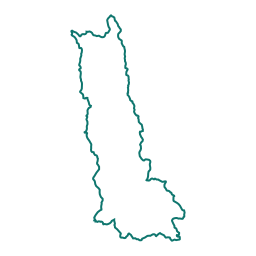 outline of Thung Hua Chang, Lamphun, Thailand
{"feature_id": "78962969B85097268198325", "entity_name": "Thung Hua Chang", "entity_type": "district", "adm_level": 2, "iso_a3": "THA", "parent_name": "Thailand", "parent_adm1": "Lamphun", "projection": "robinson", "projection_center": [99.068, 18.004], "detail": "fine", "context": "isolated", "style": "outline", "palette": "teal", "viewbox_px": 256, "rotation_deg": 0, "n_neighbors": 0, "source": "geoboundaries", "source_scale": "gbopen_adm2", "svg_char_len": 5774}
<svg xmlns="http://www.w3.org/2000/svg" viewBox="0 0 256 256"><path d="M71.6,34.8L72.1,35.5L74.1,36.7L74.8,37.3L75.8,38.7L76.6,40.2L76.9,42.8L78.0,43.4L78.6,44.0L78.8,44.6L79.3,47.9L79.7,48.1L81.0,48.0L81.3,48.2L81.6,48.6L82.0,50.1L81.7,52.7L81.2,53.6L81.3,55.6L80.2,58.8L80.3,60.2L80.1,61.9L79.3,64.3L79.2,65.1L79.4,65.5L80.1,66.2L80.6,67.1L80.7,67.8L80.6,68.4L79.4,69.2L79.1,69.9L79.5,70.5L80.5,71.4L80.7,71.9L80.8,73.5L80.4,76.8L80.5,77.9L81.0,79.4L81.0,80.7L81.8,82.4L82.0,83.9L81.8,88.7L81.2,90.1L80.3,91.2L80.1,91.7L80.2,92.1L82.9,94.4L83.2,95.5L83.4,98.1L84.7,98.5L85.1,98.5L85.8,98.0L86.9,97.8L87.4,97.9L87.5,99.1L88.7,102.1L89.3,104.6L89.7,105.2L90.9,105.8L90.6,107.0L88.7,108.1L88.0,109.2L87.5,110.3L87.5,110.9L87.7,113.8L87.3,114.9L86.7,115.3L86.4,115.9L86.6,116.3L87.2,116.7L87.2,117.4L86.5,119.1L86.5,119.6L87.4,121.6L87.5,123.6L87.4,124.6L87.0,125.4L86.8,126.4L86.9,129.0L86.2,131.0L85.8,131.5L84.6,132.2L84.6,132.4L84.7,132.6L86.7,132.8L87.1,133.2L87.0,133.8L86.6,134.7L86.8,136.4L87.1,137.3L87.6,138.4L89.2,140.6L91.2,144.1L91.3,144.7L91.1,147.0L91.2,148.0L91.0,149.8L91.3,151.2L92.1,152.1L93.6,152.2L94.1,153.7L95.0,155.0L96.5,155.4L97.0,156.0L97.3,156.9L97.3,157.7L97.9,158.5L97.6,161.1L97.1,162.7L97.1,163.8L98.1,165.0L99.1,166.8L99.1,169.3L96.5,172.6L94.1,176.6L93.4,177.5L93.2,178.2L93.1,178.9L93.3,179.3L94.5,180.7L94.9,181.8L95.3,184.2L96.2,186.1L98.8,188.4L99.7,189.8L99.6,192.3L99.8,194.3L100.6,196.3L101.0,197.1L102.6,198.7L102.7,200.0L102.5,200.8L101.5,202.5L101.7,203.8L101.2,206.1L101.2,208.3L101.5,209.0L101.4,209.7L100.0,210.4L97.7,212.2L95.8,214.8L94.6,216.8L94.5,217.8L94.3,217.9L94.5,218.5L94.5,219.0L94.7,219.3L94.7,219.9L94.4,220.4L95.1,220.5L95.3,221.1L95.6,220.7L95.8,221.2L96.2,221.2L97.2,221.9L98.8,221.3L100.3,221.6L100.7,221.8L101.1,221.6L101.7,221.7L102.3,222.0L102.9,222.8L103.1,223.9L103.4,224.3L104.6,224.0L106.9,224.4L108.5,223.9L109.9,223.2L111.2,222.0L111.8,220.9L114.2,219.6L114.2,220.7L114.9,223.5L114.8,224.2L114.4,225.0L114.8,225.9L115.0,227.5L117.1,229.2L120.7,233.3L120.8,233.8L120.3,235.0L120.2,236.3L120.5,237.2L121.1,237.6L122.7,237.6L124.3,238.1L125.5,237.9L126.1,236.9L127.6,235.6L128.4,233.8L129.0,233.5L130.9,234.9L131.4,235.6L131.7,236.4L132.2,236.9L133.1,238.4L135.4,238.3L136.6,239.2L138.1,239.2L139.5,240.2L140.8,240.3L141.5,240.1L142.2,238.7L145.0,237.5L147.4,235.9L149.3,235.7L150.3,235.8L152.7,234.4L154.0,234.2L155.1,234.7L155.5,235.1L155.8,235.9L156.2,236.1L158.6,233.9L160.0,233.1L160.9,233.8L164.0,235.3L165.2,237.0L165.9,237.6L167.9,237.3L169.6,237.5L169.9,237.7L170.5,239.2L171.8,240.6L172.3,240.6L174.5,239.6L175.0,239.7L176.1,240.1L179.5,239.5L179.8,239.2L179.8,238.3L179.8,237.5L179.6,236.8L177.7,236.6L177.0,236.1L176.8,235.6L176.9,235.1L178.3,235.1L178.7,234.9L179.1,234.0L179.1,232.8L177.7,231.8L177.1,231.2L176.4,228.9L176.2,228.6L175.8,228.2L174.8,227.8L174.5,227.5L174.4,225.7L173.4,223.9L172.6,222.1L172.2,221.4L172.0,220.4L172.6,219.3L173.4,218.6L175.1,218.1L176.8,218.0L178.5,218.6L179.8,218.5L181.6,218.8L182.5,218.8L182.9,218.5L183.6,217.0L184.2,216.7L184.3,216.3L184.2,214.4L184.6,212.6L184.1,210.4L183.0,210.3L182.1,209.7L180.0,205.8L178.6,204.1L177.0,202.9L173.7,201.0L173.4,200.1L173.5,196.8L173.7,196.4L174.2,196.1L174.1,195.7L171.9,194.4L171.3,192.7L170.4,192.4L169.5,191.3L168.5,190.8L167.3,190.7L166.7,190.4L165.7,188.5L164.6,187.2L164.4,186.0L164.5,184.5L165.7,182.3L165.9,182.0L165.8,181.5L165.1,181.3L163.0,181.8L162.2,181.8L159.0,180.1L158.5,179.6L156.5,179.5L155.2,178.7L154.8,178.7L154.2,179.3L153.8,179.3L152.5,178.6L151.6,178.6L150.8,179.1L149.8,180.2L149.2,180.5L148.7,180.6L147.8,180.2L147.1,180.5L146.5,180.1L147.3,179.0L147.8,177.6L148.1,176.0L148.2,173.6L148.6,171.5L150.0,170.0L150.3,169.2L150.3,167.6L149.8,164.9L149.9,163.6L150.3,162.3L150.3,161.2L150.1,160.8L149.0,159.8L146.6,159.4L145.4,159.4L144.0,160.5L143.1,160.3L141.6,158.9L139.8,156.2L139.3,153.0L139.4,152.4L139.6,151.7L140.6,150.0L141.0,148.6L140.8,145.9L140.2,145.0L140.1,144.6L141.2,142.4L142.5,141.2L142.9,139.7L142.1,138.1L141.3,137.2L140.0,134.3L139.8,132.6L140.0,131.7L141.2,131.6L142.0,131.1L142.8,131.0L142.9,129.6L142.4,128.2L142.3,127.1L141.7,124.6L140.2,123.5L138.8,121.9L138.6,119.2L138.1,118.0L138.1,117.8L138.5,117.0L138.5,116.3L137.6,115.5L136.8,115.6L136.4,115.4L134.9,113.6L134.1,111.9L134.1,111.3L134.6,109.8L134.0,108.3L134.4,106.1L134.2,105.3L133.3,103.6L132.4,102.6L132.5,101.8L132.3,101.3L131.3,101.0L130.1,99.9L130.1,99.1L129.2,96.9L128.3,95.5L127.7,95.1L127.5,93.3L128.1,92.9L128.0,91.6L128.2,90.8L128.1,88.5L127.9,87.5L128.3,86.7L128.1,85.4L128.7,84.6L129.0,82.6L128.5,80.4L128.8,79.6L128.6,78.7L128.6,77.8L128.5,76.4L127.8,75.5L126.4,75.0L126.2,74.3L126.4,71.8L127.5,69.8L127.6,69.2L127.0,68.8L126.7,68.3L125.5,68.1L125.3,67.8L125.3,66.7L125.4,65.4L125.8,64.8L125.8,63.3L125.6,62.4L125.0,61.2L125.0,59.7L124.7,58.6L124.8,57.5L125.1,56.7L124.6,54.3L125.0,51.4L124.9,50.1L124.5,48.7L124.2,46.8L123.4,46.4L122.9,45.7L122.2,44.3L121.7,43.2L121.8,41.1L121.6,40.5L119.1,38.8L118.3,37.3L118.1,36.3L118.1,34.8L118.4,33.7L119.9,32.2L120.8,31.0L120.8,29.5L120.5,29.0L119.8,28.3L119.1,27.0L118.4,26.4L117.5,23.6L116.6,22.5L116.1,21.5L115.0,20.7L114.3,17.5L112.7,16.5L112.1,16.4L111.0,15.4L110.1,16.1L109.5,17.1L108.7,17.7L107.8,18.9L107.4,19.6L107.2,20.4L108.1,25.1L108.6,26.8L109.6,28.4L109.8,29.1L109.8,29.7L108.1,32.6L107.5,32.9L106.2,32.9L105.8,33.1L104.9,35.8L104.4,36.5L103.7,37.0L102.8,37.2L101.9,37.2L100.7,36.8L98.9,35.7L96.8,36.1L95.3,35.5L93.5,35.2L92.9,34.5L92.1,33.0L91.2,32.2L89.7,31.5L87.9,31.8L86.6,31.7L86.7,32.1L86.5,32.7L86.0,33.5L85.4,34.0L84.5,34.3L83.0,34.1L82.0,34.4L81.5,34.7L80.5,36.2L80.0,36.3L79.3,35.9L78.4,34.6L76.2,32.6L73.5,31.6L72.2,30.7L71.7,30.8L71.4,31.1L71.4,31.5L72.2,33.2L72.0,34.2L71.6,34.8Z" fill="none" stroke="#0f766e" stroke-width="2"/></svg>